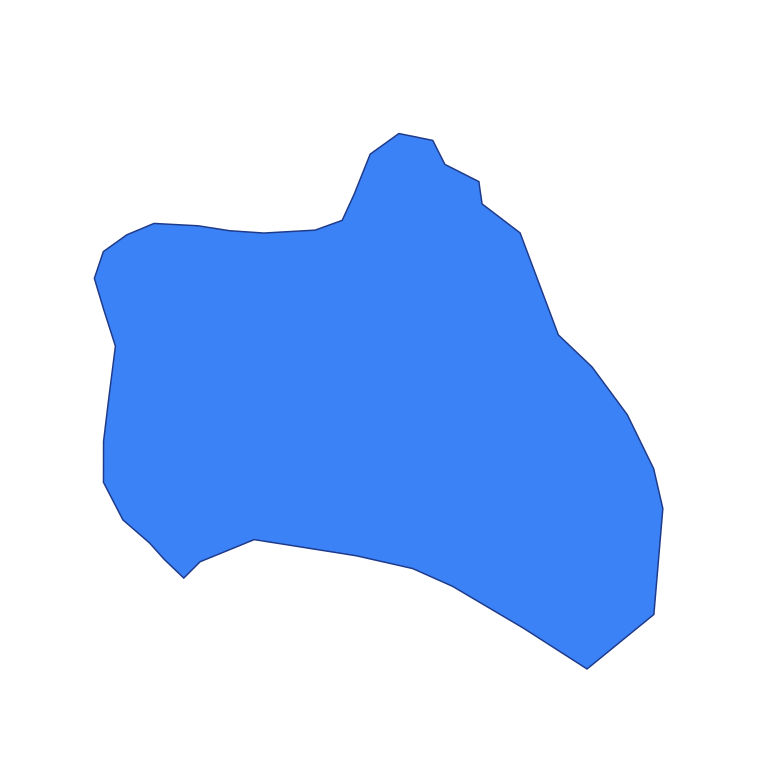 Avgolida, Cyprus (Natural Earth projection), rotated 99°
{"feature_id": "46923920B2873986073585", "entity_name": "Avgolida", "entity_type": "district", "adm_level": 2, "iso_a3": "CYP", "parent_name": "Cyprus", "parent_adm1": "", "projection": "natural_earth1", "projection_center": [33.958, 35.353], "detail": "fine", "context": "isolated", "style": "filled", "palette": "blue", "viewbox_px": 768, "rotation_deg": 99, "n_neighbors": 0, "source": "geoboundaries", "source_scale": "gbopen_adm2", "svg_char_len": 671}
<svg xmlns="http://www.w3.org/2000/svg" viewBox="0 0 768 768"><g transform="rotate(99 384 384)"><path d="M569.4,81.4L463.4,89.1L425.5,104.4L376.3,138.9L334.7,181.1L308.2,219.5L213.5,273.2L190.8,315.3L176.0,319.9L169.3,321.9L157.6,358.2L135.8,373.9L134.3,408.5L159.1,433.6L201.0,443.1L228.9,450.9L242.8,476.1L253.7,526.3L256.8,560.9L256.8,592.3L261.4,636.3L276.9,661.4L297.1,681.9L325.0,686.6L354.5,672.4L388.6,655.2L441.3,653.6L484.7,652.0L525.0,645.7L559.1,620.6L577.7,590.7L591.7,573.5L607.0,551.4L588.3,537.8L558.0,487.9L558.0,422.7L558.0,384.4L561.8,326.9L573.1,284.7L603.4,208.0L633.7,138.9L569.4,81.4Z" fill="#3b82f6" stroke="#1e3a8a" stroke-width="1.5"/></g></svg>